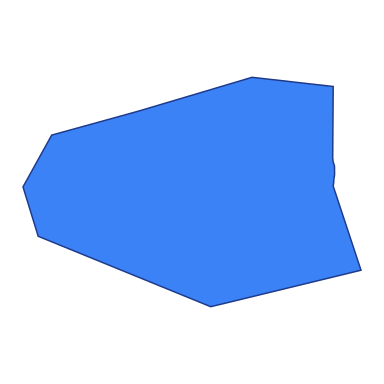 the district of Mine', Praslin, Saint Lucia
{"feature_id": "8701671B24039630787071", "entity_name": "Mine'", "entity_type": "district", "adm_level": 2, "iso_a3": "LCA", "parent_name": "Saint Lucia", "parent_adm1": "Praslin", "projection": "equal_earth", "projection_center": [-60.908, 13.873], "detail": "fine", "context": "isolated", "style": "filled", "palette": "blue", "viewbox_px": 384, "rotation_deg": 0, "n_neighbors": 0, "source": "geoboundaries", "source_scale": "gbopen_adm2", "svg_char_len": 341}
<svg xmlns="http://www.w3.org/2000/svg" viewBox="0 0 384 384"><path d="M361.0,270.2L333.2,186.1L333.8,181.9L333.8,179.6L334.6,174.8L334.5,166.1L333.1,161.6L332.7,157.9L333.2,86.5L252.0,77.3L234.3,82.6L137.5,111.4L52.0,135.0L51.7,135.1L23.0,186.9L38.2,236.3L210.7,306.7L361.0,270.2Z" fill="#3b82f6" stroke="#1e3a8a" stroke-width="1.5"/></svg>